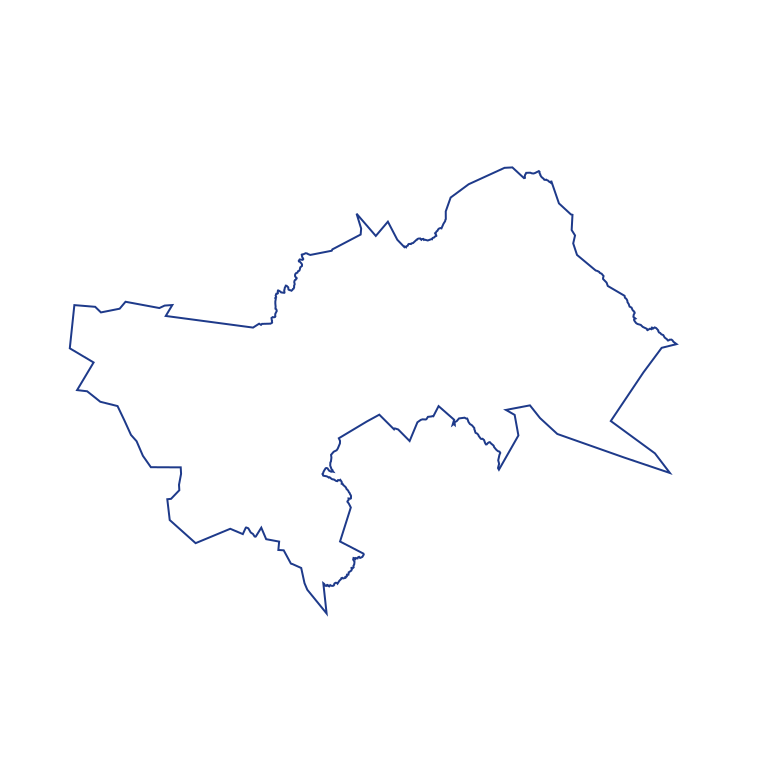 Uruachi, Chihuahua, Mexico, rotated 337°
{"feature_id": "50627088B4184029057526", "entity_name": "Uruachi", "entity_type": "district", "adm_level": 2, "iso_a3": "MEX", "parent_name": "Mexico", "parent_adm1": "Chihuahua", "projection": "equal_earth", "projection_center": [-108.421, 27.836], "detail": "fine", "context": "isolated", "style": "outline", "palette": "blue", "viewbox_px": 768, "rotation_deg": 337, "n_neighbors": 0, "source": "geoboundaries", "source_scale": "gbopen_adm2", "svg_char_len": 6165}
<svg xmlns="http://www.w3.org/2000/svg" viewBox="0 0 768 768"><g transform="rotate(337 384 384)"><path d="M524.0,497.7L576.2,545.4L612.4,577.6L606.3,553.7L578.3,506.7L627.3,474.7L653.7,459.2L668.9,461.6L666.9,458.2L666.6,456.6L666.0,455.5L664.3,454.8L662.9,455.1L662.2,454.8L662.0,453.5L660.5,450.9L660.2,448.1L658.7,446.6L658.2,445.0L657.3,444.0L657.1,442.6L657.4,441.8L656.4,438.9L655.3,437.7L653.4,438.1L653.1,437.1L652.6,436.8L652.1,437.9L651.6,438.1L650.4,437.0L647.6,437.4L647.4,437.1L647.5,435.9L644.5,432.5L643.4,429.9L640.8,427.8L639.9,426.5L639.3,424.2L639.2,422.7L639.6,422.0L641.0,422.0L639.8,419.6L641.0,417.7L642.5,416.6L642.7,415.9L642.4,415.4L642.4,414.5L641.9,413.8L641.7,412.7L641.7,410.4L640.3,408.7L640.5,405.9L640.1,403.9L640.5,402.5L640.5,401.2L640.2,400.0L639.5,398.7L639.9,396.8L628.3,381.2L628.5,377.6L626.7,373.0L627.0,372.1L628.3,370.4L627.4,367.5L626.3,366.3L626.0,365.8L625.9,364.9L625.1,364.1L624.9,363.6L623.2,362.2L612.1,340.6L613.1,328.5L617.9,321.9L616.9,315.6L623.6,301.9L622.3,300.9L615.6,286.1L617.3,262.2L616.4,264.3L615.8,263.2L615.2,262.6L614.5,260.9L613.7,260.1L613.2,259.3L612.0,259.1L611.2,258.3L611.2,257.6L610.0,255.3L609.7,254.2L609.5,252.7L609.8,252.1L609.5,250.9L610.1,249.4L609.7,248.5L605.5,248.8L604.1,248.7L602.6,248.0L601.1,246.6L597.4,245.2L596.3,246.2L595.9,246.3L594.8,247.6L594.3,249.3L593.3,249.2L586.8,234.8L579.4,232.1L540.0,233.2L518.2,238.4L508.3,249.2L505.3,256.4L504.7,256.8L503.9,258.0L501.4,259.7L497.7,263.2L496.9,262.5L495.5,262.4L494.3,262.8L493.0,263.9L492.1,264.0L490.9,264.9L490.5,264.9L490.3,265.9L490.0,265.8L490.2,267.6L490.0,268.1L488.7,268.1L487.4,268.7L486.1,268.6L485.2,268.9L484.8,269.5L484.4,269.2L480.4,269.0L477.8,267.0L477.1,267.0L476.9,265.8L475.5,265.4L474.8,265.9L474.4,265.3L474.2,264.2L472.5,263.6L471.4,263.6L470.7,264.1L470.2,264.0L465.8,265.6L464.1,265.3L463.5,265.7L461.7,264.8L460.8,265.0L460.0,265.9L458.7,266.0L457.8,266.7L457.6,266.1L456.9,266.0L456.7,265.6L456.2,265.9L452.6,256.4L451.0,236.1L434.3,244.5L425.3,216.5L423.7,232.0L420.9,237.3L389.1,239.9L387.9,240.9L366.6,236.4L364.9,234.8L364.2,233.8L363.0,233.0L360.1,233.1L359.4,232.7L358.8,232.8L358.3,235.0L358.6,237.0L358.3,237.7L357.6,237.9L355.0,236.4L353.6,237.4L353.6,238.0L354.3,238.5L355.2,241.0L355.2,242.1L354.6,243.3L352.5,243.9L351.0,246.0L350.3,246.6L348.9,246.6L347.8,247.7L346.3,247.6L345.1,248.3L344.3,249.8L344.4,251.0L345.0,252.2L344.8,252.8L344.0,253.0L343.5,253.5L342.7,253.5L341.9,254.1L341.2,255.1L340.8,257.2L339.5,258.6L339.2,259.7L338.1,260.9L337.4,260.9L336.6,261.5L335.3,262.0L334.1,260.8L333.6,260.6L333.0,259.7L333.6,257.6L332.7,255.5L332.0,255.1L331.6,255.7L330.4,256.5L329.3,258.2L328.8,258.6L328.1,261.0L327.8,261.1L325.1,259.5L324.8,258.6L323.7,257.1L323.3,256.6L322.9,256.5L322.3,257.4L321.8,259.0L321.2,259.2L320.9,258.9L320.2,258.8L319.4,259.6L318.8,260.3L318.7,261.8L317.5,262.4L317.8,263.1L316.2,265.6L315.4,267.5L314.4,270.6L313.7,271.8L313.5,272.4L314.0,273.0L314.0,273.7L313.8,274.9L311.4,276.9L310.6,278.4L310.5,279.2L309.9,279.7L308.7,279.6L307.6,278.9L306.2,279.3L305.7,281.2L305.7,281.9L305.4,282.2L305.1,283.6L304.8,283.9L303.1,284.1L295.2,281.0L293.9,281.5L292.6,279.7L285.5,280.9L209.7,236.1L220.0,228.6L212.7,226.1L206.9,226.3L178.2,207.3L170.1,211.4L151.4,207.5L148.3,200.1L129.8,190.4L108.7,228.4L125.1,250.7L99.1,269.7L107.9,274.7L115.9,289.5L130.1,300.2L130.8,316.1L131.2,332.0L133.9,340.0L134.0,355.9L136.9,369.5L164.3,381.3L162.1,387.4L155.9,396.7L154.1,401.8L143.1,406.5L139.5,405.4L133.6,425.5L148.4,456.9L185.9,457.2L195.4,467.0L200.7,462.2L201.2,462.3L202.7,463.8L203.3,468.6L204.8,470.9L205.3,473.8L206.0,474.3L206.4,474.3L214.9,468.3L214.9,480.8L225.9,488.1L221.9,495.5L226.7,497.9L228.1,512.7L228.4,513.3L229.2,513.8L235.9,521.0L233.0,536.3L233.0,543.4L241.5,572.8L250.3,543.7L250.8,544.6L251.1,546.6L251.3,546.9L252.3,547.4L253.1,546.7L253.6,546.9L254.0,548.4L254.5,548.9L255.9,548.1L256.6,549.1L257.7,549.7L258.7,549.9L259.7,549.4L259.9,548.8L260.6,548.2L262.0,548.1L263.0,548.8L263.2,549.6L266.0,547.7L268.5,546.7L268.9,546.1L269.8,546.1L270.4,547.0L272.8,547.4L273.1,547.2L273.2,546.5L274.2,546.7L274.8,546.4L275.0,545.5L275.5,545.0L276.7,545.6L277.8,544.0L277.9,543.6L281.0,543.0L281.8,542.2L282.2,540.6L282.4,540.6L283.0,541.4L284.4,540.9L284.7,539.6L286.1,538.4L287.4,536.1L287.0,533.6L288.0,532.2L288.5,532.5L289.2,534.0L290.1,533.2L291.5,534.2L292.4,533.4L293.1,533.3L293.6,533.4L293.9,534.6L294.2,534.8L296.5,534.7L298.7,533.1L298.8,532.1L282.0,511.8L305.2,484.7L304.9,480.3L304.3,478.1L304.5,477.7L306.1,476.9L306.6,475.5L308.4,476.5L308.9,476.3L309.9,474.2L309.9,473.0L309.7,472.2L309.8,471.0L309.4,470.0L309.4,468.8L309.0,466.9L308.5,466.4L308.5,464.7L308.3,463.7L307.0,461.0L307.1,460.5L306.6,460.0L306.7,459.5L306.1,459.2L306.6,458.3L306.8,457.4L306.3,455.1L305.4,455.3L304.2,454.5L303.1,455.2L302.1,454.6L300.5,452.2L299.9,452.0L298.8,451.1L297.5,448.6L296.6,448.6L296.2,447.8L295.2,446.6L292.3,444.7L292.2,444.2L292.4,443.5L292.2,442.8L293.2,442.2L294.0,441.2L295.4,440.1L297.3,438.8L298.1,438.8L299.0,439.5L299.6,442.3L301.1,444.1L302.3,444.4L303.0,444.9L302.8,444.0L302.9,443.0L302.4,442.2L302.6,438.1L304.0,435.2L304.8,434.7L306.8,431.3L307.6,428.5L311.2,426.7L314.5,426.5L316.2,425.4L320.2,421.5L321.3,419.2L321.2,416.3L353.5,411.8L367.7,410.4L375.5,429.6L376.2,429.0L377.0,429.4L379.3,431.4L385.3,446.5L399.8,432.3L403.9,431.4L405.7,431.6L408.6,433.0L409.4,432.9L411.6,431.4L415.3,432.5L415.9,432.4L416.8,433.0L425.6,425.7L434.6,444.3L431.2,448.4L431.6,448.3L432.3,447.6L432.6,447.8L433.2,449.3L433.5,448.6L433.5,447.8L434.3,446.7L436.4,446.6L439.6,445.0L445.0,446.5L446.2,448.0L447.1,448.3L447.1,450.6L446.9,451.5L447.4,454.3L448.9,456.5L449.9,459.8L449.4,461.2L449.5,462.4L449.3,463.0L449.2,464.7L450.4,466.1L450.9,467.5L450.9,468.9L451.7,472.2L452.5,472.8L453.3,472.9L454.2,474.7L454.0,477.7L454.2,479.4L454.9,479.7L456.6,478.9L458.2,478.7L458.7,478.9L459.3,480.6L460.8,483.5L460.7,485.1L461.7,488.5L462.7,490.4L463.9,491.4L464.1,492.9L462.6,494.3L459.3,498.9L458.8,502.4L456.1,505.9L456.3,507.8L487.6,483.9L492.2,463.5L486.1,455.5L510.0,460.7L514.3,476.3L524.0,497.7Z" fill="none" stroke="#1e3a8a" stroke-width="2"/></g></svg>